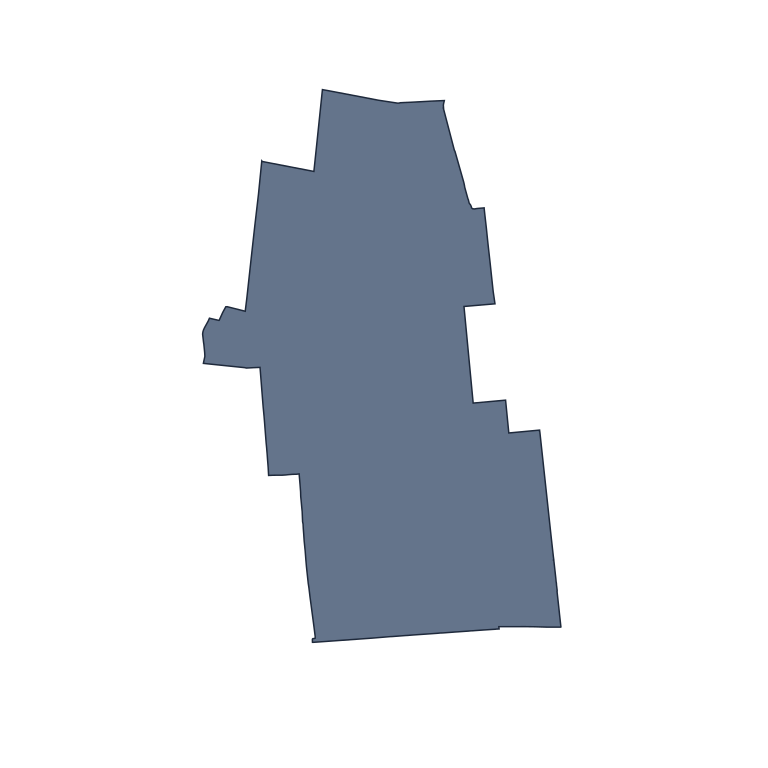 the district of Obarsia, Olt, Romania, rotated 246°
{"feature_id": "2599482B32252281662846", "entity_name": "Obarsia", "entity_type": "district", "adm_level": 2, "iso_a3": "ROU", "parent_name": "Romania", "parent_adm1": "Olt", "projection": "equal_earth", "projection_center": [24.286, 43.896], "detail": "fine", "context": "isolated", "style": "filled", "palette": "slate", "viewbox_px": 768, "rotation_deg": 246, "n_neighbors": 0, "source": "geoboundaries", "source_scale": "gbopen_adm2", "svg_char_len": 2652}
<svg xmlns="http://www.w3.org/2000/svg" viewBox="0 0 768 768"><g transform="rotate(246 384 384)"><path d="M618.4,554.4L623.4,541.7L630.2,523.8L632.7,517.5L634.4,513.1L634.4,512.4L634.9,510.9L645.6,494.2L675.4,451.3L677.4,448.3L678.0,447.5L629.9,419.8L606.7,406.4L634.4,366.7L636.3,364.0L636.8,363.3L637.5,363.1L632.6,360.3L608.4,346.5L580.7,330.1L554.4,314.7L518.2,293.6L506.9,286.8L518.4,272.2L518.9,270.9L515.0,265.8L509.2,259.3L509.2,259.1L515.1,251.3L513.0,249.0L508.4,242.9L506.7,241.0L505.3,239.8L503.4,238.6L499.3,237.3L499.0,237.2L498.0,236.9L496.5,236.4L495.7,236.2L495.2,236.0L493.2,235.5L493.0,235.4L485.5,232.9L482.1,231.6L477.2,228.0L476.3,227.4L471.1,236.4L461.9,252.4L455.6,263.4L454.9,264.3L454.5,264.9L452.1,271.2L449.6,277.5L418.8,266.6L413.7,264.8L411.7,264.1L408.7,263.1L403.6,261.4L396.2,258.8L392.3,257.4L384.7,254.7L378.2,252.4L373.4,250.8L367.1,248.6L362.7,247.0L359.0,245.7L354.8,244.2L347.7,241.5L347.4,241.4L346.1,244.7L344.5,248.5L342.3,253.4L340.9,257.2L340.2,259.4L338.9,263.1L338.5,264.2L337.2,267.2L336.4,269.9L326.3,266.4L319.3,263.9L315.2,262.2L310.7,260.7L306.0,259.1L300.6,257.3L291.3,253.6L289.0,253.1L284.6,251.4L278.7,249.3L273.0,247.2L263.6,244.1L254.6,240.9L248.8,238.9L242.0,236.7L232.7,233.7L228.3,232.5L219.6,229.8L212.1,227.6L190.1,221.1L181.2,218.4L180.2,217.9L179.7,217.6L180.1,216.0L180.3,215.6L180.3,215.3L180.0,214.8L178.2,214.0L177.1,213.6L176.4,215.3L176.1,216.2L175.5,217.8L156.6,270.0L150.7,286.9L149.9,288.9L145.4,301.5L144.4,304.1L144.3,304.5L142.7,309.0L134.6,331.2L133.6,334.2L132.7,336.4L129.5,345.3L128.8,347.3L128.4,348.4L127.5,350.8L126.6,353.3L123.8,361.0L123.2,362.9L122.2,365.4L121.8,366.6L118.6,375.4L115.6,383.5L114.6,386.2L114.6,386.3L114.3,387.2L113.4,389.5L114.7,389.9L115.6,390.2L110.3,402.1L105.0,414.1L100.9,423.0L95.6,434.0L90.0,446.6L90.1,446.8L102.0,450.6L106.9,452.2L124.1,457.7L124.1,457.8L124.9,458.2L128.4,459.3L130.1,459.8L131.4,460.3L132.7,460.7L133.3,460.8L136.5,461.9L153.5,467.3L153.8,467.1L154.3,467.2L154.3,467.6L158.0,468.7L168.7,472.1L177.8,475.0L276.9,506.9L277.3,506.8L277.7,506.9L277.7,507.1L278.6,507.4L288.5,478.1L319.8,488.5L330.3,457.7L422.3,488.6L412.1,518.0L424.2,521.4L441.9,527.1L449.6,529.6L469.1,535.8L477.4,538.5L484.7,540.9L497.4,544.9L504.2,547.1L504.3,546.7L505.9,542.1L506.0,541.9L506.6,540.0L507.1,537.9L507.5,537.2L508.1,536.2L508.9,535.8L509.5,535.7L510.7,535.9L512.3,535.9L513.3,535.7L514.0,535.5L514.8,535.4L516.3,535.7L518.0,536.0L519.1,536.0L531.1,537.8L532.0,538.1L534.7,538.7L536.4,539.0L567.9,543.5L568.6,543.3L611.8,550.4L611.7,550.6L614.5,551.6L615.9,552.5L618.4,554.4Z" fill="#64748b" stroke="#1e293b" stroke-width="1.5"/></g></svg>